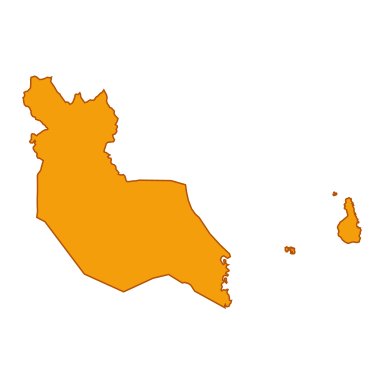 the district of Rompin, Pahang, Malaysia
{"feature_id": "92858781B70055833536426", "entity_name": "Rompin", "entity_type": "district", "adm_level": 2, "iso_a3": "MYS", "parent_name": "Malaysia", "parent_adm1": "Pahang", "projection": "robinson", "projection_center": [103.679, 2.92], "detail": "fine", "context": "isolated", "style": "filled", "palette": "amber", "viewbox_px": 384, "rotation_deg": 0, "n_neighbors": 0, "source": "geoboundaries", "source_scale": "gbopen_adm2", "svg_char_len": 5919}
<svg xmlns="http://www.w3.org/2000/svg" viewBox="0 0 384 384"><path d="M24.0,92.5L24.7,95.1L24.4,96.3L23.9,97.2L23.0,97.7L23.5,99.1L23.6,101.0L24.4,104.6L26.2,106.4L27.9,106.4L28.9,107.2L30.0,108.5L30.2,109.6L31.0,110.7L31.0,112.9L31.4,114.6L32.8,116.5L35.1,117.2L35.8,119.3L38.4,120.2L40.1,120.7L41.9,122.5L43.2,124.2L45.0,125.3L46.3,127.3L47.5,128.0L47.8,129.3L46.5,129.8L44.9,129.9L42.2,131.4L41.0,132.5L38.1,134.3L36.7,135.7L35.5,135.1L34.0,134.0L32.6,133.8L31.8,134.0L31.3,135.3L31.4,137.9L31.3,139.5L30.5,140.3L29.7,141.7L30.5,142.8L32.6,142.9L33.4,142.1L34.8,140.3L35.5,141.5L34.6,142.4L34.6,143.4L35.5,144.4L34.6,145.8L33.4,146.9L33.2,148.5L34.9,151.6L35.9,152.3L37.2,153.7L36.8,155.2L36.9,156.4L38.1,158.2L39.1,158.1L40.6,158.8L42.4,160.1L43.3,160.5L41.3,167.5L40.9,169.7L39.7,171.7L38.1,173.7L37.4,175.5L37.5,182.2L37.5,191.5L37.3,198.1L37.3,204.7L37.5,211.5L36.8,217.4L45.0,221.7L84.3,274.0L123.6,291.8L153.1,278.2L168.6,274.5L182.2,282.9L184.9,282.5L188.0,283.4L189.1,283.9L191.0,285.4L194.7,291.1L225.0,307.8L224.7,305.7L225.3,304.4L226.1,306.2L226.9,306.7L227.6,306.7L228.9,306.2L229.4,305.4L229.6,304.3L230.8,303.1L231.5,300.5L230.4,300.6L229.7,300.4L229.3,299.2L229.4,298.0L229.0,295.8L228.5,294.7L227.5,293.7L227.0,292.7L227.1,291.5L227.4,290.7L228.1,289.7L227.8,289.3L226.7,289.5L225.7,290.2L223.5,289.8L222.4,290.5L221.5,290.8L221.0,290.1L222.2,286.6L221.4,285.3L221.5,284.1L222.2,283.3L223.1,282.5L225.6,281.0L225.8,282.6L226.4,283.2L227.0,282.6L226.6,281.3L226.1,280.3L226.5,279.2L226.3,278.4L225.5,278.0L224.7,278.4L224.4,280.0L223.7,280.7L222.5,279.9L222.8,277.9L223.1,276.8L224.0,275.6L225.0,275.2L226.3,275.7L227.5,276.0L228.0,275.6L228.0,274.6L227.5,274.2L226.9,274.1L225.8,273.5L225.9,272.8L226.3,272.2L229.0,270.9L228.9,270.1L228.0,269.4L226.1,267.6L226.4,265.9L228.3,264.8L227.2,264.5L225.8,263.4L225.7,261.8L225.7,260.2L224.7,259.7L223.8,260.0L223.8,261.3L224.3,262.6L224.0,264.2L223.1,264.5L220.4,260.0L221.2,257.7L222.3,256.4L223.6,255.9L225.0,256.5L227.1,258.0L227.8,258.2L230.3,256.6L229.5,253.9L220.0,244.8L209.9,233.8L199.1,217.5L195.5,214.3L191.6,208.9L188.3,200.3L186.5,192.0L185.5,184.8L170.9,180.6L138.9,180.2L135.9,180.9L133.1,181.0L128.9,181.6L127.0,181.6L126.1,180.5L124.9,176.1L123.3,174.6L122.2,174.9L120.2,174.9L118.3,174.2L118.8,172.5L117.6,171.3L116.1,169.4L115.7,166.3L114.3,164.9L111.9,164.0L110.7,162.3L111.3,159.8L110.9,158.3L108.6,157.9L107.8,156.6L109.9,155.0L108.3,154.2L106.5,152.8L104.0,151.8L104.3,149.9L105.5,146.4L106.3,143.6L107.8,142.3L113.5,141.7L114.5,139.8L113.1,137.2L112.6,134.9L115.3,133.8L116.5,132.0L116.8,130.9L116.2,129.2L117.4,127.0L117.1,125.8L115.3,124.5L116.7,122.3L117.6,120.2L118.0,118.4L116.8,117.4L115.4,115.8L114.1,113.9L114.3,111.1L112.6,109.4L111.7,108.2L109.4,107.3L109.2,106.2L107.2,103.4L106.5,100.6L107.1,97.7L106.5,95.0L103.8,89.9L102.0,92.6L100.5,93.2L97.9,96.0L96.1,97.1L95.1,98.5L94.4,99.9L92.0,100.3L90.3,99.9L88.4,100.9L87.4,101.8L84.7,102.7L80.9,97.4L80.4,94.1L79.8,92.8L78.1,94.5L75.9,94.2L75.0,95.1L75.1,96.1L73.5,100.8L72.3,103.0L70.0,104.4L68.4,102.4L66.8,102.0L65.5,102.4L60.7,95.8L59.9,94.1L58.0,92.8L57.0,91.6L54.5,87.2L50.7,81.6L51.5,77.1L49.9,77.8L47.2,77.3L45.8,78.1L42.2,79.4L39.5,79.5L36.6,77.0L34.7,76.2L32.8,76.9L31.1,77.3L30.7,79.2L30.8,81.9L30.6,87.0L30.2,88.4L28.7,89.9L27.6,91.2L25.6,91.6L24.0,92.5ZM350.3,198.8L349.9,198.5L349.7,198.0L349.0,197.8L348.5,198.0L347.9,198.4L346.3,198.8L345.7,199.7L345.6,200.3L345.6,200.8L345.9,201.9L346.0,202.4L345.7,203.0L345.0,203.6L344.4,204.3L344.3,204.8L344.3,205.1L345.1,205.7L345.3,206.1L344.9,206.4L344.6,207.5L344.3,208.1L344.5,208.6L346.0,209.5L346.6,210.2L346.8,210.8L346.9,212.2L347.6,213.7L347.6,214.3L347.8,215.0L347.6,216.1L346.3,217.4L344.2,219.0L342.6,220.5L340.1,222.2L339.5,223.6L338.6,224.7L338.1,225.9L337.7,226.6L337.5,227.4L337.7,228.2L338.6,230.3L338.8,231.3L338.7,232.2L338.1,233.8L338.4,235.3L338.7,235.9L340.1,236.7L340.7,237.2L342.7,240.2L345.1,242.0L346.3,242.6L347.2,243.1L348.2,243.3L350.0,242.8L352.3,242.0L354.1,242.0L355.8,242.4L356.9,242.5L358.4,242.2L359.0,242.0L359.3,241.4L359.4,240.6L360.2,238.4L360.3,237.8L359.3,236.7L359.1,235.9L359.4,235.1L360.3,233.5L360.3,232.9L360.1,232.2L360.4,231.6L360.8,230.9L361.0,230.2L360.8,229.6L360.3,228.9L360.0,228.3L360.3,228.0L359.7,227.7L358.2,227.8L358.3,227.1L357.8,226.7L357.3,226.9L356.8,226.3L356.6,224.9L356.8,223.4L357.1,222.8L357.6,222.6L358.2,222.9L358.6,222.7L358.8,222.1L358.5,221.6L357.6,221.2L357.4,219.9L357.8,219.6L357.6,219.1L357.0,218.8L356.3,216.8L355.9,216.5L355.5,215.7L355.7,214.8L355.1,214.7L354.7,214.5L354.6,213.9L355.2,213.7L355.4,213.4L354.3,212.3L354.0,211.1L354.1,209.9L354.0,208.7L353.8,208.3L353.7,207.8L353.2,207.1L352.9,206.4L352.7,206.2L352.7,205.6L353.0,205.6L353.3,205.4L353.4,205.2L353.6,205.2L353.5,204.9L352.5,204.4L352.3,204.2L352.1,203.7L352.9,203.4L353.5,202.9L353.1,203.0L352.5,202.6L352.4,202.4L352.0,202.1L351.5,201.4L351.0,200.2L351.3,199.2L351.0,198.7L350.7,198.8L350.3,198.8ZM290.2,247.0L289.8,247.8L290.8,251.4L290.8,252.4L290.6,253.3L291.4,253.5L291.5,253.7L292.0,253.7L291.8,253.1L292.0,252.8L291.5,251.6L291.9,251.2L292.1,251.3L292.2,251.6L293.2,253.5L293.9,253.8L294.5,253.3L294.9,252.3L294.2,249.4L294.6,248.9L294.5,248.6L293.2,247.9L293.1,248.2L292.9,248.3L292.1,248.5L292.0,248.2L292.0,247.7L291.1,247.1L290.7,247.5L290.2,247.6L290.2,247.0ZM287.5,247.8L286.8,246.8L286.2,247.1L285.6,247.7L285.3,247.7L285.4,248.7L285.3,248.9L285.3,250.2L286.2,251.7L286.4,251.7L286.6,251.3L287.4,251.6L288.0,250.4L288.8,250.5L288.6,249.1L288.2,248.6L288.6,248.1L288.4,247.7L287.5,247.8ZM335.5,193.5L334.9,193.3L334.7,192.9L334.7,192.4L334.5,192.2L333.9,192.3L333.7,192.5L333.8,192.7L334.0,192.8L334.1,193.2L334.6,193.4L334.6,193.8L334.8,194.0L334.6,194.3L333.1,194.4L333.3,195.1L334.0,195.6L335.0,195.1L335.6,195.1L336.1,194.8L336.1,194.4L336.6,194.3L336.8,193.8L336.3,193.1L336.0,193.2L335.5,193.5Z" fill="#f59e0b" stroke="#b45309" stroke-width="1.5"/></svg>